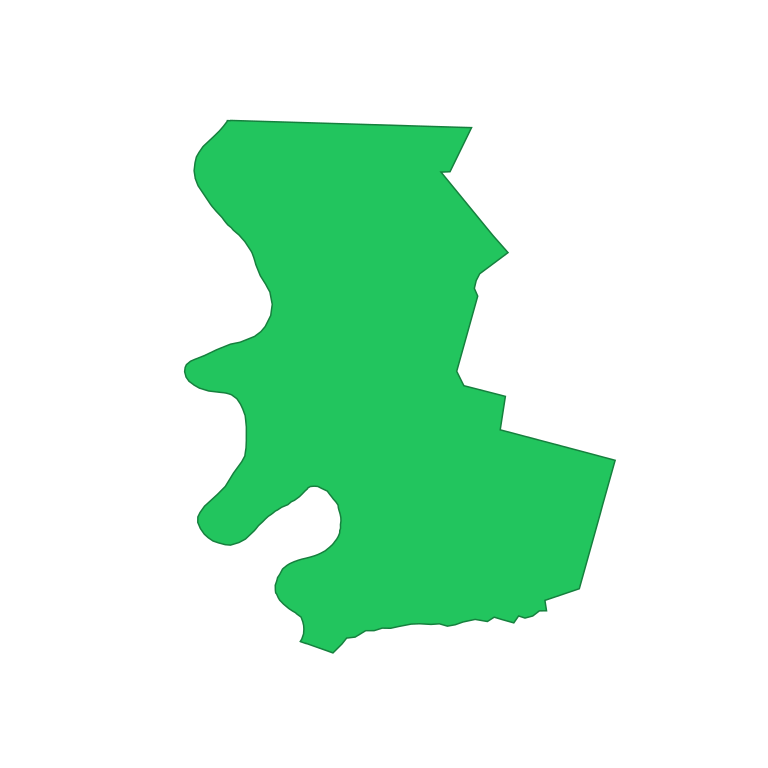 the district of San Javier, Misiones, Argentina, rotated 109°
{"feature_id": "61730980B6185383884221", "entity_name": "San Javier", "entity_type": "district", "adm_level": 2, "iso_a3": "ARG", "parent_name": "Argentina", "parent_adm1": "Misiones", "projection": "mercator", "projection_center": [-55.112, -27.774], "detail": "fine", "context": "isolated", "style": "filled", "palette": "green", "viewbox_px": 768, "rotation_deg": 109, "n_neighbors": 0, "source": "geoboundaries", "source_scale": "gbopen_adm2", "svg_char_len": 3939}
<svg xmlns="http://www.w3.org/2000/svg" viewBox="0 0 768 768"><g transform="rotate(109 384 384)"><path d="M654.7,379.3L654.7,379.2L654.8,379.0L654.8,374.0L654.8,373.3L654.6,373.3L654.7,364.7L654.9,344.7L643.5,339.1L636.4,336.6L632.7,328.9L623.2,321.0L620.4,313.0L615.4,306.2L612.8,298.2L608.4,291.0L602.2,280.2L599.1,272.3L596.0,261.3L592.7,253.5L592.3,245.2L588.4,238.2L583.3,231.8L576.9,221.2L574.9,208.9L568.6,203.9L568.3,195.7L567.6,183.5L559.5,181.2L559.4,174.5L554.9,167.8L550.5,164.9L547.9,163.2L545.5,156.5L536.2,161.4L514.0,132.7L436.2,137.3L427.8,137.9L383.0,140.5L380.9,140.6L383.5,177.4L389.5,259.2L356.2,265.2L356.7,272.0L359.6,307.9L357.2,310.4L348.3,319.4L270.4,324.0L264.2,329.7L256.2,330.5L248.6,329.4L242.9,325.5L219.4,309.5L208.2,329.2L202.8,338.0L167.3,395.5L165.1,399.1L165.0,398.8L161.8,390.7L113.1,384.7L116.4,395.2L159.8,534.7L165.1,551.7L184.7,614.7L184.9,614.7L185.2,615.5L185.9,617.6L186.0,617.9L186.8,617.8L192.3,619.6L198.3,622.0L205.7,625.7L210.2,628.1L210.4,628.2L217.2,631.8L218.7,632.5L225.2,634.3L230.4,635.3L236.3,634.7L244.1,633.0L245.3,632.4L250.2,629.8L251.1,629.4L251.4,629.1L255.5,625.7L257.2,624.2L258.4,622.6L270.7,606.4L272.1,604.3L275.3,598.9L279.3,591.3L281.3,588.5L283.1,585.7L284.5,583.3L285.9,579.3L287.5,576.7L288.5,574.2L289.0,573.0L290.3,569.6L292.3,566.1L292.6,565.6L294.6,562.0L297.3,558.5L301.3,553.3L302.8,551.6L306.8,548.3L310.4,545.7L312.8,544.1L315.0,542.2L321.9,536.2L327.3,529.5L327.9,528.7L330.7,525.7L331.6,524.7L334.2,521.8L336.0,520.8L343.5,516.5L345.0,515.6L348.1,515.0L352.2,514.2L356.1,513.4L368.1,515.0L368.5,515.1L373.7,517.1L374.7,517.5L379.7,520.9L381.1,521.8L391.3,533.6L393.1,536.6L393.3,537.0L394.6,539.2L396.3,542.1L397.6,543.6L403.2,550.1L404.1,551.1L405.6,552.8L406.3,553.6L412.1,559.5L414.0,561.4L414.8,562.3L415.2,562.6L422.2,570.8L425.4,574.3L430.0,577.1L431.1,577.2L433.0,577.4L437.3,576.5L440.7,574.2L441.9,573.4L444.2,570.2L444.9,569.3L445.5,567.3L446.6,563.9L446.8,563.5L448.0,557.2L447.7,547.8L447.7,547.6L445.1,535.6L444.4,532.6L444.0,530.3L443.8,527.1L443.8,524.7L445.6,519.0L445.9,518.2L449.7,513.2L453.6,509.4L457.7,506.1L459.0,505.0L464.3,502.5L468.5,500.6L469.3,500.2L481.3,496.1L482.1,495.8L486.8,494.4L489.5,493.6L491.4,493.3L496.6,492.3L497.2,492.1L497.8,492.2L503.2,493.1L503.5,493.1L517.2,497.3L519.0,497.7L532.5,500.7L542.7,505.6L555.4,512.5L557.9,513.9L565.4,516.1L568.7,516.5L570.1,516.7L570.3,516.7L575.5,515.0L580.5,510.5L584.5,505.0L586.6,500.0L588.1,494.6L588.1,488.8L587.9,486.3L587.7,482.9L587.6,481.8L587.5,481.4L586.3,476.7L581.1,469.5L575.7,464.5L564.8,458.8L562.2,457.8L558.8,456.6L558.4,456.4L554.9,454.5L553.4,453.7L550.2,452.2L546.7,450.3L545.3,449.2L544.4,448.5L542.2,447.0L539.4,445.3L537.7,443.6L533.9,440.7L531.3,437.8L530.4,436.8L529.5,435.7L525.5,433.3L523.3,431.0L522.7,430.5L521.1,429.4L518.1,427.3L515.5,426.0L514.7,425.6L511.0,423.9L508.1,422.3L507.1,422.2L505.0,420.4L504.1,418.5L503.5,417.1L503.3,416.6L502.7,414.4L502.4,413.2L503.0,409.1L503.7,402.8L505.9,399.6L507.8,396.6L509.3,394.4L511.1,391.2L512.7,389.0L513.5,388.0L516.0,386.8L518.1,385.4L520.0,384.0L521.3,383.1L524.4,381.3L525.2,381.0L527.5,380.1L531.1,379.4L533.5,378.5L534.7,378.1L536.9,378.1L539.4,377.4L541.2,377.5L543.0,377.6L546.1,378.2L548.4,379.0L549.9,379.5L551.0,379.8L553.6,380.9L554.2,381.3L556.1,382.3L558.5,383.8L560.8,385.2L564.5,388.6L566.7,390.9L568.8,393.4L569.9,394.9L571.9,397.7L574.2,401.2L576.2,404.4L578.6,407.8L579.7,409.1L581.0,410.8L583.5,413.5L583.9,413.9L584.0,414.0L584.9,414.9L587.0,416.6L590.6,418.9L592.1,419.7L597.9,420.6L601.7,421.6L603.5,421.4L606.0,421.3L609.7,421.3L610.2,421.1L614.3,419.6L616.8,418.4L617.5,417.2L620.5,414.4L622.3,412.3L624.9,407.2L627.3,400.9L628.4,396.7L629.1,393.1L629.7,392.0L631.4,386.5L633.5,384.8L635.6,383.1L636.2,382.8L638.6,381.3L641.7,380.0L642.7,379.7L644.7,379.2L646.4,378.7L649.0,378.7L649.5,378.7L652.0,378.7L654.7,379.3Z" fill="#22c55e" stroke="#15803d" stroke-width="1.5"/></g></svg>